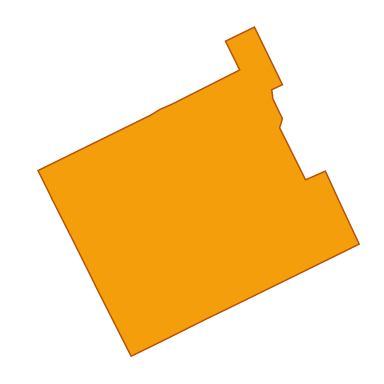 the district of St. Joseph, Indiana, United States of America, rotated 154°
{"feature_id": "52423323B40816169935337", "entity_name": "St. Joseph", "entity_type": "district", "adm_level": 2, "iso_a3": "USA", "parent_name": "United States of America", "parent_adm1": "Indiana", "projection": "albers", "projection_center": [-86.288, 41.597], "detail": "fine", "context": "isolated", "style": "filled", "palette": "amber", "viewbox_px": 384, "rotation_deg": 154, "n_neighbors": 0, "source": "geoboundaries", "source_scale": "gbopen_adm2", "svg_char_len": 587}
<svg xmlns="http://www.w3.org/2000/svg" viewBox="0 0 384 384"><g transform="rotate(154 192 192)"><path d="M321.0,278.8L320.8,251.2L320.9,247.5L320.2,199.5L319.8,152.2L319.9,150.1L319.6,131.5L319.6,130.2L318.7,71.1L305.6,71.1L284.3,71.1L284.1,71.1L282.8,71.1L254.8,71.4L233.4,71.6L228.7,71.6L207.0,71.5L203.2,71.5L76.9,71.8L67.3,71.9L64.6,71.9L63.8,119.7L63.4,136.1L63.0,152.3L84.6,153.2L85.1,211.3L78.6,218.3L78.5,240.2L75.5,249.0L63.7,248.8L63.6,312.9L95.8,312.9L95.6,280.8L171.5,279.7L184.4,280.3L195.6,279.2L321.0,278.8Z" fill="#f59e0b" stroke="#b45309" stroke-width="1.5"/></g></svg>